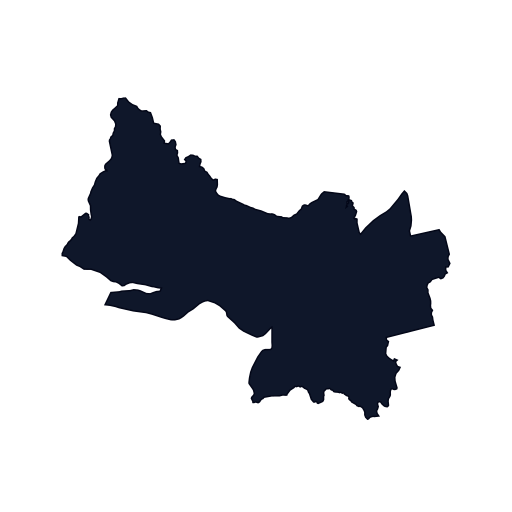 the district of Itacoatiara, Amazonas, Brazil, rotated 347°
{"feature_id": "56859067B59595183491019", "entity_name": "Itacoatiara", "entity_type": "district", "adm_level": 2, "iso_a3": "BRA", "parent_name": "Brazil", "parent_adm1": "Amazonas", "projection": "robinson", "projection_center": [-58.817, -3.136], "detail": "fine", "context": "isolated", "style": "filled", "palette": "ink", "viewbox_px": 512, "rotation_deg": 347, "n_neighbors": 0, "source": "geoboundaries", "source_scale": "gbopen_adm2", "svg_char_len": 6122}
<svg xmlns="http://www.w3.org/2000/svg" viewBox="0 0 512 512"><g transform="rotate(347 256 256)"><path d="M220.6,378.7L223.0,384.6L223.5,386.3L223.5,388.2L223.5,389.5L223.0,390.4L222.4,391.1L220.1,392.7L219.5,393.7L220.3,397.1L220.1,398.0L221.0,398.3L222.9,398.1L225.0,399.4L225.9,399.2L226.7,398.8L228.4,397.2L229.4,396.6L230.5,396.5L232.1,395.4L239.9,395.8L247.6,397.5L250.8,397.4L253.5,398.2L254.7,398.4L255.2,397.5L259.0,394.3L263.4,392.7L264.4,391.7L266.2,392.4L268.1,392.1L269.6,393.5L271.0,393.2L272.0,393.8L273.5,395.7L275.7,397.4L276.4,398.5L276.5,400.3L277.2,402.2L277.7,408.1L279.3,411.2L280.4,411.5L281.5,411.1L282.5,411.9L282.7,413.1L283.4,413.6L287.7,412.8L288.7,412.3L289.6,411.0L290.2,408.1L290.9,407.1L291.1,404.6L291.7,403.1L294.7,401.2L295.4,401.1L296.1,401.6L298.1,401.5L299.3,403.4L300.4,403.9L300.9,404.5L301.2,405.5L302.4,406.2L305.6,407.2L306.6,407.9L307.6,407.8L308.5,408.3L309.2,409.1L310.1,408.9L310.9,409.5L311.1,410.5L312.0,411.2L312.6,412.2L314.1,413.0L314.7,414.0L314.8,415.1L314.3,416.0L314.9,417.2L315.9,418.3L316.4,419.7L320.2,423.2L320.7,424.5L322.5,425.8L323.5,425.6L325.1,427.1L325.8,428.0L326.7,431.0L326.9,432.8L326.3,435.3L326.6,437.7L328.0,440.1L328.9,440.0L330.6,438.8L331.7,438.6L333.9,438.5L335.2,439.0L339.6,439.5L338.5,436.6L338.6,434.0L340.0,432.4L341.2,430.2L341.1,428.0L341.3,426.9L341.9,425.9L343.2,425.6L344.6,426.2L345.5,428.5L347.1,430.8L347.9,431.5L349.9,432.4L350.8,432.0L351.5,431.3L352.0,427.2L352.7,425.3L353.4,424.3L354.8,422.9L355.6,421.6L356.3,418.3L357.3,416.5L358.0,416.0L358.8,415.9L360.5,417.1L361.5,417.3L363.2,417.1L363.7,416.2L363.3,409.2L363.9,405.4L366.0,401.8L369.3,399.5L371.3,396.9L369.0,395.5L368.3,393.2L368.1,391.6L368.3,390.2L370.1,389.2L367.7,387.4L366.4,389.2L364.6,387.7L362.5,385.4L360.9,383.0L360.3,380.4L362.3,374.1L364.0,372.9L365.8,369.1L364.3,367.5L364.5,364.6L414.0,363.5L413.9,358.2L414.2,355.2L413.6,352.9L414.1,350.6L415.7,348.6L414.5,346.2L414.8,343.6L415.5,341.5L416.0,339.1L416.0,336.4L415.2,330.5L415.9,327.7L415.2,325.1L416.1,323.0L417.6,321.0L420.0,320.3L422.2,318.4L429.3,317.8L431.0,319.7L433.3,319.3L435.0,317.9L436.2,316.1L438.6,315.4L437.6,312.6L438.4,309.4L440.8,309.8L443.2,306.8L442.2,302.3L443.0,299.8L444.7,297.7L444.4,279.7L441.1,274.2L440.3,271.6L411.1,271.4L411.1,266.0L413.7,261.5L415.5,256.0L416.1,252.6L417.3,231.6L417.0,229.0L415.2,226.1L412.1,228.4L407.2,232.8L397.3,240.3L393.1,242.4L386.0,244.7L378.3,248.0L369.3,253.3L362.8,258.4L361.8,256.3L361.8,246.5L362.7,242.8L361.4,241.9L360.6,242.4L359.9,240.9L361.9,238.9L364.0,235.3L363.8,234.0L362.1,232.4L362.4,230.8L361.2,229.0L361.6,227.7L362.2,227.0L362.4,226.0L361.6,225.2L361.4,223.5L359.6,222.3L358.4,223.9L358.1,225.3L357.2,225.8L356.3,226.0L356.9,223.5L357.9,222.8L359.6,220.6L359.9,219.3L359.8,218.3L356.8,217.3L356.4,216.1L355.7,215.6L336.9,208.8L334.1,210.2L333.2,210.9L329.1,215.0L322.5,216.5L320.4,217.3L318.3,218.8L317.5,218.6L315.9,217.6L314.8,217.2L313.7,217.3L312.4,217.9L310.7,220.5L308.5,221.6L305.1,224.3L302.3,224.8L299.2,226.5L297.6,226.7L296.1,226.6L294.8,225.9L290.5,224.7L289.8,223.7L285.4,222.2L284.2,221.2L283.5,220.1L281.7,218.9L280.6,218.5L279.5,218.4L276.8,217.4L271.1,213.3L265.5,210.3L263.8,208.7L261.5,207.5L257.9,204.7L256.0,203.8L255.3,203.0L249.2,198.2L247.5,196.2L245.5,195.4L244.5,194.5L243.0,194.2L239.0,192.3L234.5,189.7L232.9,188.3L231.7,185.9L231.0,183.6L232.1,181.6L233.5,180.0L234.4,177.8L235.4,172.8L233.6,172.0L231.4,172.5L229.8,170.3L228.8,167.7L227.7,165.6L227.0,163.4L225.1,161.8L224.7,159.1L223.2,157.2L221.1,156.2L222.1,153.7L223.5,151.8L223.9,149.5L222.2,147.9L221.1,145.6L219.0,145.1L217.3,143.7L215.1,143.0L212.5,144.0L209.8,144.5L208.2,146.0L209.4,147.8L208.2,149.9L203.7,149.5L201.8,148.3L202.3,142.9L201.5,140.0L202.7,137.9L203.1,135.6L201.5,134.2L201.6,131.6L203.0,129.5L203.1,126.5L202.2,124.4L199.7,124.1L197.8,125.9L195.9,127.1L191.8,125.4L192.7,123.3L190.5,118.5L190.1,116.0L191.1,113.6L191.1,110.8L191.9,107.9L190.7,105.7L186.1,103.6L186.1,97.9L185.4,92.6L183.3,91.6L181.9,89.8L177.2,89.1L175.4,87.5L174.1,85.7L173.4,83.4L169.5,80.7L166.5,77.3L164.4,72.8L162.4,72.4L160.0,72.5L157.9,71.9L155.7,75.8L155.1,78.4L151.5,80.5L149.3,81.6L147.4,83.3L146.1,85.8L146.2,88.3L148.6,92.5L149.1,95.8L148.3,98.4L146.8,100.0L146.2,102.3L144.6,104.1L143.6,106.3L141.5,107.4L140.2,109.5L139.5,109.9L139.0,111.1L138.7,125.5L137.8,127.5L136.7,128.9L134.8,130.3L130.1,132.8L129.0,134.2L128.5,136.4L128.8,137.8L129.9,138.5L129.8,139.5L129.1,139.1L126.0,139.7L122.6,140.9L121.3,142.3L118.4,144.5L116.1,147.7L114.6,150.5L112.1,152.9L109.5,156.5L109.1,157.6L105.6,162.2L105.2,163.3L105.1,164.6L106.1,169.7L105.2,173.9L104.8,178.3L104.8,180.3L104.5,181.4L103.5,183.0L102.6,183.8L101.4,182.6L102.0,180.7L101.8,178.9L102.1,178.1L100.5,176.3L99.6,176.1L94.2,178.7L93.1,178.0L92.2,178.1L90.4,184.3L85.6,193.8L83.0,196.1L81.1,197.0L80.3,198.0L78.6,199.3L76.9,200.1L75.5,201.3L75.0,202.1L73.4,203.3L72.5,203.7L70.8,205.4L68.6,209.0L67.8,209.8L67.3,212.0L71.3,213.7L74.3,218.5L79.2,224.5L82.2,226.6L85.5,230.1L92.4,231.8L100.6,236.9L105.7,242.7L109.1,247.4L111.3,248.8L113.9,249.7L116.4,251.8L118.8,254.9L120.9,255.1L123.0,254.2L127.0,253.6L130.0,254.0L134.0,256.0L141.7,259.0L147.9,262.4L149.5,262.9L153.3,264.8L156.7,266.0L154.6,268.8L151.0,268.3L147.7,268.6L144.5,269.1L140.7,268.0L135.3,263.9L133.2,262.7L129.3,261.4L125.7,261.5L117.3,260.1L114.8,260.2L106.4,259.0L98.0,269.5L102.6,271.1L107.7,273.5L111.0,275.5L124.1,281.8L136.3,286.4L141.6,289.2L150.7,294.7L154.1,296.6L158.9,299.0L162.6,299.9L166.8,299.9L169.2,299.2L171.9,298.1L177.2,295.2L182.9,293.3L190.0,289.7L193.5,288.7L196.1,288.3L199.1,288.5L205.4,292.3L209.6,296.3L214.0,302.4L214.5,303.5L214.6,304.6L214.4,307.3L214.7,308.4L220.2,316.3L223.5,322.5L227.2,326.5L234.5,332.3L238.3,335.0L239.4,335.3L244.7,335.1L247.7,333.7L254.5,329.2L255.4,328.9L255.1,331.2L252.2,343.6L251.7,346.8L251.0,349.0L250.3,349.8L249.4,350.3L248.4,350.3L243.8,349.3L241.6,349.5L240.0,350.4L235.1,354.8L227.4,363.9L224.8,367.9L222.3,373.3L220.8,377.5L220.6,378.7ZM355.6,226.7L356.2,228.2L354.9,228.8L355.5,227.7L355.6,226.7Z" fill="#0f172a" stroke="#020617" stroke-width="1.5"/></g></svg>